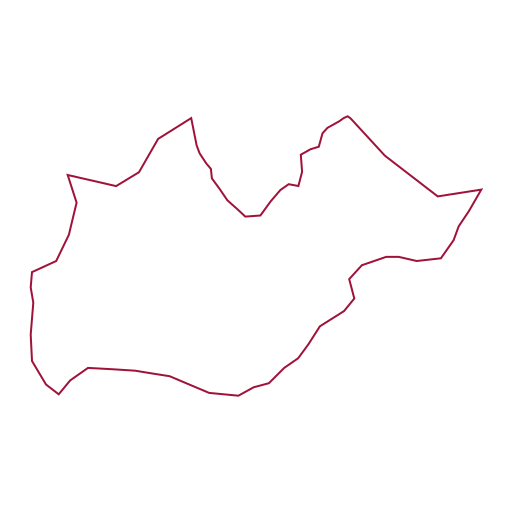 outline of Katydata, Nicosia, Cyprus
{"feature_id": "46923920B11980221307495", "entity_name": "Katydata", "entity_type": "district", "adm_level": 2, "iso_a3": "CYP", "parent_name": "Cyprus", "parent_adm1": "Nicosia", "projection": "equal_earth", "projection_center": [32.882, 35.084], "detail": "fine", "context": "isolated", "style": "outline", "palette": "rose", "viewbox_px": 512, "rotation_deg": 0, "n_neighbors": 0, "source": "geoboundaries", "source_scale": "gbopen_adm2", "svg_char_len": 976}
<svg xmlns="http://www.w3.org/2000/svg" viewBox="0 0 512 512"><path d="M67.7,175.0L76.6,202.7L73.1,217.1L68.9,234.7L56.2,261.0L32.0,272.1L30.7,287.4L33.3,302.7L30.7,334.6L32.0,361.0L46.0,384.5L58.7,394.3L70.2,380.4L88.0,367.9L113.5,369.3L135.2,370.7L151.7,373.4L169.6,376.2L209.1,392.9L238.4,395.7L253.6,387.3L268.9,383.2L284.2,367.9L298.2,358.2L308.4,344.3L319.9,326.3L344.1,311.0L354.3,298.5L349.2,279.1L361.9,265.2L386.1,256.9L398.9,256.9L416.7,261.0L440.9,258.3L453.6,240.2L458.7,226.3L468.9,211.1L481.3,189.6L437.7,196.4L433.2,192.9L384.9,155.7L350.7,118.5L347.7,116.3L343.8,118.0L339.2,121.3L327.5,127.8L322.5,133.3L318.8,146.7L310.4,149.3L300.8,154.7L302.1,171.8L298.4,186.0L288.7,184.2L280.4,190.0L270.7,201.3L268.8,203.9L260.4,215.5L245.3,216.6L236.3,208.2L234.1,206.3L227.3,200.2L219.6,188.9L211.9,178.4L210.9,168.9L206.3,163.5L199.6,153.3L196.6,145.3L191.2,118.1L158.1,138.9L139.0,172.2L116.1,186.1L67.7,175.0Z" fill="none" stroke="#9f1239" stroke-width="2"/></svg>